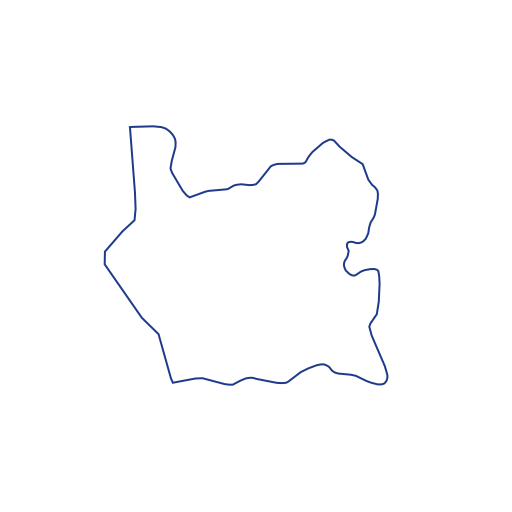 the Department of Sonsonate, rotated 56°
{"feature_id": "SLV-1348", "entity_name": "Sonsonate", "entity_type": "Department", "adm_level": 1, "iso_a3": "SLV", "parent_name": "El Salvador", "parent_adm1": "", "projection": "mercator", "projection_center": [-89.666, 13.711], "detail": "fine", "context": "isolated", "style": "outline", "palette": "blue", "viewbox_px": 512, "rotation_deg": 56, "n_neighbors": 0, "source": "natural_earth", "source_scale": "10m", "svg_char_len": 2030}
<svg xmlns="http://www.w3.org/2000/svg" viewBox="0 0 512 512"><g transform="rotate(56 256 256)"><path d="M314.6,395.8L309.8,394.9L266.3,380.5L243.4,385.2L178.3,386.1L167.9,378.8L160.9,352.9L158.4,336.7L149.8,329.6L135.6,320.8L80.0,289.2L78.6,288.5L80.1,285.9L91.0,268.7L96.1,262.5L98.1,260.9L99.7,259.7L101.8,258.8L104.1,258.0L108.0,257.3L110.8,257.3L113.2,257.6L115.0,258.2L116.7,259.0L119.5,261.0L120.9,262.1L129.9,272.5L134.9,277.3L136.2,278.2L140.5,279.1L161.2,280.3L166.9,279.6L170.3,278.2L174.2,262.5L175.4,259.1L184.2,243.2L184.8,241.4L185.2,234.9L186.3,231.9L188.3,228.1L193.5,221.9L195.5,218.6L196.5,215.8L195.7,211.9L189.9,193.5L190.3,190.7L191.6,186.8L205.6,165.5L206.0,163.1L205.4,161.4L203.7,158.2L202.5,155.0L201.3,150.9L199.7,137.6L199.9,134.6L200.6,130.1L202.0,128.1L203.9,126.8L212.3,125.5L227.4,121.3L239.5,116.2L255.5,120.2L261.7,120.0L265.4,119.0L267.5,118.8L269.7,118.8L272.9,120.3L276.8,123.2L288.0,134.1L290.0,137.0L292.2,142.0L293.7,144.0L295.8,146.4L300.0,150.3L303.1,155.3L303.8,158.9L303.7,160.9L303.1,162.9L302.2,164.5L301.2,165.7L298.5,167.9L297.4,169.2L296.6,170.8L296.3,172.6L297.2,174.1L299.4,175.5L303.6,176.3L306.8,179.5L308.4,181.8L309.2,184.0L310.1,185.7L311.2,187.0L312.7,188.2L315.0,189.1L318.2,189.7L323.1,188.6L325.6,187.3L327.1,185.7L327.6,184.0L327.6,177.7L328.5,173.8L330.7,168.8L332.5,165.8L333.7,164.5L335.0,163.5L336.9,163.0L341.5,165.1L348.2,169.1L362.7,179.9L371.8,188.4L375.9,198.8L376.9,200.2L378.0,201.6L386.7,204.6L419.4,210.8L427.2,213.3L428.9,214.1L430.3,215.1L431.5,216.3L432.4,217.7L433.1,219.4L433.4,221.4L432.5,224.0L430.6,226.8L425.7,231.2L421.4,234.3L411.2,240.2L407.5,243.7L399.4,253.6L396.6,255.8L393.9,257.0L389.1,257.4L387.6,257.9L384.8,259.5L383.4,260.8L381.9,263.4L380.4,267.2L378.4,275.6L377.3,283.8L378.2,299.3L378.0,301.7L376.2,305.1L372.8,309.7L357.8,324.7L356.4,325.7L355.0,327.1L353.5,329.3L351.8,332.8L350.6,338.7L349.7,347.2L347.8,350.0L344.8,353.5L327.4,368.7L323.7,374.7L316.5,391.3L314.6,395.8Z" fill="none" stroke="#1e3a8a" stroke-width="2"/></g></svg>